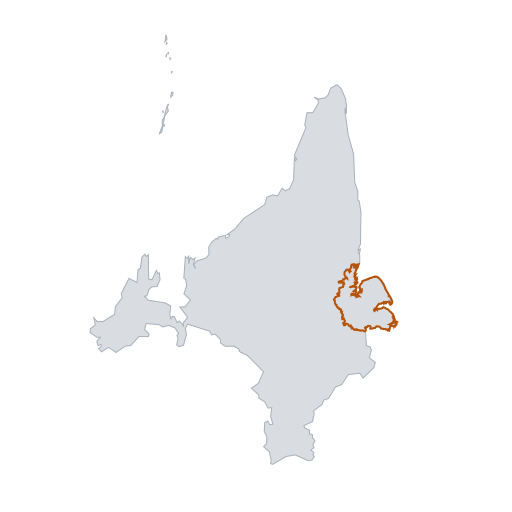 Gujarat on a map of India (Equal Earth projection), rotated 190°
{"feature_id": "IND-3264", "entity_name": "Gujarat", "entity_type": "state/province", "adm_level": 1, "iso_a3": "IND", "parent_name": "India", "parent_adm1": "", "projection": "equal_earth", "projection_center": [71.839, 22.391], "detail": "fine", "context": "in_parent", "style": "outline", "palette": "amber", "viewbox_px": 512, "rotation_deg": 190, "n_neighbors": 0, "source": "natural_earth", "source_scale": "10m", "svg_char_len": 9762}
<svg xmlns="http://www.w3.org/2000/svg" viewBox="0 0 512 512"><g transform="rotate(190 256 256)"><path d="M105.7,212.2L111.6,210.7L112.2,205.8L122.9,207.8L130.1,204.4L132.4,206.8L135.9,204.6L131.8,186.9L127.8,186.4L126.1,183.5L126.6,175.3L120.0,172.0L120.4,166.7L129.4,154.3L133.4,158.6L144.5,155.2L149.3,144.3L155.1,140.6L159.9,128.2L164.2,126.0L165.1,121.4L172.5,113.3L171.3,111.2L171.6,102.7L179.3,97.4L178.4,95.3L172.8,93.6L172.6,90.1L169.5,90.0L168.9,87.0L165.9,84.3L167.3,80.1L165.6,77.2L168.3,74.3L164.8,72.5L165.5,70.4L163.7,68.5L165.3,64.9L168.7,63.4L182.8,66.9L191.5,63.8L203.3,53.8L205.7,54.0L205.5,57.0L208.8,65.5L215.4,69.5L213.0,73.4L214.0,80.2L217.4,84.6L218.5,93.5L215.6,95.5L213.3,92.3L210.2,93.3L213.8,100.8L214.1,109.4L217.8,108.3L221.9,113.8L228.6,116.6L229.1,119.6L237.6,125.1L231.6,131.0L228.5,143.3L247.2,156.5L255.8,159.1L256.5,161.3L262.3,163.3L270.5,161.7L275.9,164.3L276.8,167.9L282.7,171.9L286.1,170.6L288.5,173.9L311.5,177.0L313.0,172.2L310.8,166.6L311.9,155.4L316.3,153.4L318.7,154.6L318.5,161.2L320.1,164.1L318.6,166.0L323.1,171.0L329.5,172.6L335.4,169.9L339.6,171.6L352.5,170.4L353.0,164.4L347.8,160.7L348.0,158.0L357.3,156.3L363.9,146.0L369.0,144.6L377.2,136.7L385.4,140.4L391.5,134.8L395.0,137.5L392.8,139.8L393.1,142.0L396.1,140.3L397.9,144.2L395.2,149.0L398.4,148.3L406.1,151.7L406.5,155.5L402.2,160.3L405.0,166.8L401.0,163.9L395.4,164.8L385.1,174.0L385.7,181.7L380.6,191.7L382.2,195.5L377.2,211.9L368.6,209.3L369.8,222.3L367.7,223.7L368.2,235.0L365.8,238.4L363.8,236.4L362.3,238.6L357.6,214.6L354.3,214.6L351.6,224.5L349.5,221.4L348.3,222.7L346.4,216.0L348.1,208.8L353.4,207.4L355.6,204.4L356.5,197.8L359.0,197.0L354.4,193.8L337.7,194.0L331.3,192.1L330.7,183.1L328.9,179.3L327.8,182.2L326.0,182.2L322.0,176.6L320.2,178.8L315.2,174.5L316.1,177.2L312.7,183.8L322.1,192.6L317.0,193.6L312.9,201.4L320.4,206.3L319.2,214.7L321.1,220.6L323.2,221.6L325.5,243.2L323.4,241.9L322.3,244.1L320.9,236.6L320.5,243.1L317.3,241.7L315.7,243.4L316.2,236.3L313.4,233.0L315.8,236.6L313.7,240.7L305.0,245.3L302.6,249.1L304.1,256.7L301.9,262.1L298.1,266.5L296.6,265.8L296.4,268.1L289.7,271.0L288.9,268.2L286.2,270.0L285.6,272.4L288.3,271.9L281.4,279.0L274.6,290.9L256.4,308.1L255.5,315.8L250.2,319.1L245.2,319.0L242.0,327.3L238.4,325.3L234.7,328.0L232.2,337.2L235.3,360.1L233.6,356.8L232.6,358.4L235.7,361.9L229.0,391.6L230.7,393.3L230.7,406.0L225.0,407.0L221.1,417.1L221.9,420.4L226.2,422.5L221.5,421.4L215.5,423.8L213.0,426.9L211.6,434.3L205.8,438.8L200.9,435.3L195.3,426.7L192.7,418.7L191.8,411.8L194.2,417.5L192.9,411.9L186.1,390.9L177.6,373.4L171.5,345.5L166.8,337.1L165.5,328.7L163.9,328.0L160.2,317.2L155.2,285.9L156.5,280.5L156.2,278.7L154.7,281.2L154.4,279.7L154.5,276.6L156.3,276.9L154.2,275.7L152.9,269.0L155.3,257.0L152.4,247.1L153.6,245.7L152.3,245.9L157.6,241.8L151.6,242.6L153.2,238.7L151.3,238.6L151.7,236.0L154.4,235.0L147.8,234.5L148.7,237.0L146.2,240.8L148.5,244.9L146.0,250.2L135.5,256.1L129.9,254.7L114.0,234.2L114.9,232.1L117.2,234.2L126.7,230.2L130.0,222.9L121.3,227.6L116.8,226.3L110.6,221.5L108.3,216.2L112.1,212.2L106.4,215.8L105.7,212.2ZM369.6,388.4L367.5,383.5L370.1,378.4L370.3,361.9L372.5,359.2L370.8,368.0L372.1,373.8L370.8,375.3L369.6,388.4ZM382.9,451.1L383.1,458.2L381.2,454.3L382.9,451.1ZM367.6,402.6L366.2,402.8L365.9,399.8L367.6,397.7L367.6,402.6ZM377.9,439.7L377.8,441.7L377.4,439.8L377.9,439.7ZM379.5,436.8L379.0,439.6L379.1,436.6L379.5,436.8ZM381.5,448.5L380.9,450.7L380.4,449.9L381.5,448.5ZM371.4,422.8L370.4,422.9L370.9,421.8L371.4,422.8ZM369.3,389.4L368.3,390.6L368.8,388.8L369.3,389.4ZM372.6,381.1L373.2,383.1L372.0,381.6L372.6,381.1ZM375.2,436.3L374.4,435.9L374.7,434.8L375.2,436.3ZM369.2,367.9L368.7,370.0L368.9,367.7L369.2,367.9Z" fill="#d9dde1" stroke="#a8b0b8" stroke-width="1"/><path d="M135.4,205.2L136.3,204.4L136.2,204.1L135.2,203.7L135.2,202.7L134.9,202.0L135.2,201.2L136.1,200.6L137.7,201.3L138.8,200.9L139.5,201.1L140.1,200.6L141.1,200.5L142.0,201.0L143.4,200.7L143.6,201.2L144.0,201.3L144.3,200.6L145.2,201.0L145.7,200.4L146.4,200.3L146.9,201.0L147.6,201.3L149.2,201.2L149.3,201.5L148.5,201.7L148.4,201.9L148.8,202.3L149.4,202.4L149.5,202.8L150.1,202.8L150.6,204.1L150.9,204.0L151.1,203.1L151.5,203.0L152.8,203.7L153.3,204.7L155.2,205.1L155.8,204.8L156.2,203.3L157.2,203.1L157.3,204.5L158.0,204.9L158.4,204.7L158.5,205.0L158.3,205.5L157.7,205.5L157.4,206.1L157.1,207.2L157.3,207.9L158.3,208.8L158.8,209.9L159.5,209.5L159.8,208.7L160.0,208.7L160.4,209.6L160.7,211.0L160.1,211.6L160.0,213.1L160.6,213.2L161.0,214.1L161.6,214.3L161.6,215.7L162.2,215.3L162.7,215.7L162.9,218.0L163.3,218.0L163.8,218.4L164.7,218.0L165.6,219.4L165.9,219.5L166.1,219.1L166.4,219.1L167.7,220.4L167.9,220.7L168.1,221.8L168.3,222.0L169.0,221.8L170.0,223.2L170.4,224.4L170.7,225.9L171.1,225.9L171.6,226.4L171.6,226.9L170.6,229.4L169.7,229.7L168.3,231.1L167.5,230.9L167.2,231.1L167.1,231.5L167.9,232.4L168.9,232.4L169.4,232.8L168.9,233.6L168.3,233.7L167.8,233.3L167.5,233.7L167.6,235.4L168.4,237.3L168.2,239.0L167.5,239.1L166.3,240.0L164.9,240.6L164.8,241.0L164.8,241.9L165.2,242.8L164.9,243.4L164.3,243.8L165.0,245.2L166.9,244.6L168.1,244.6L168.5,244.3L168.9,244.7L169.9,244.3L170.1,244.9L169.5,245.5L168.1,246.0L167.4,245.9L166.5,246.8L166.1,248.3L165.3,248.6L164.9,248.4L164.5,249.5L163.7,250.1L163.1,250.1L162.2,249.6L162.3,249.9L163.1,250.7L163.8,250.7L165.6,252.8L165.9,254.1L166.0,255.6L165.0,257.0L164.8,258.0L163.8,258.6L163.1,258.6L162.6,257.9L161.5,257.0L161.1,256.4L160.7,257.1L160.3,257.3L160.7,257.7L160.8,258.2L161.1,258.3L161.3,259.0L160.2,261.4L160.5,261.6L160.6,262.8L160.4,264.0L159.2,263.9L159.0,264.7L158.5,265.0L158.2,265.0L158.2,264.3L158.1,264.1L157.6,264.0L157.5,264.6L157.0,264.6L156.8,263.6L157.6,263.0L157.7,262.6L157.2,262.5L157.1,261.8L156.4,262.4L156.0,262.4L155.8,263.0L155.3,263.0L155.3,263.4L155.8,264.0L155.9,264.8L155.1,265.2L154.1,265.2L153.4,265.6L153.9,263.5L153.7,263.4L153.8,262.6L154.1,261.6L154.5,261.2L155.2,261.0L155.2,260.4L154.8,259.9L155.2,259.1L155.2,257.8L155.5,256.7L155.3,256.2L155.9,255.8L155.6,255.4L155.6,254.9L155.4,255.3L155.2,255.1L155.4,254.3L154.7,254.7L155.0,253.9L154.7,253.4L155.2,252.9L155.2,252.7L154.6,252.8L154.0,252.1L153.9,251.9L154.5,251.9L154.8,251.7L154.4,250.6L153.8,250.9L153.7,250.7L153.6,251.1L153.2,251.4L153.5,250.3L153.4,250.1L153.0,250.2L152.9,251.0L152.6,251.2L152.3,250.9L152.5,250.5L153.6,249.6L152.7,248.8L152.7,248.5L152.4,248.8L152.0,247.6L152.7,247.3L152.0,247.2L151.8,246.9L152.5,246.6L153.5,245.8L153.7,246.0L153.6,245.6L152.0,246.5L152.4,245.5L154.0,244.2L154.5,243.3L155.2,243.3L157.6,242.0L157.8,241.7L157.6,241.6L155.6,242.7L154.9,242.6L154.3,242.9L152.3,242.7L151.6,243.0L151.4,242.6L151.8,240.4L152.4,239.3L153.1,239.1L153.6,238.4L153.3,238.4L153.1,238.7L152.4,238.7L151.6,239.5L151.1,238.6L151.5,236.3L151.9,235.5L152.5,235.3L153.7,236.0L154.4,235.0L154.8,234.9L155.3,235.3L155.5,235.1L155.5,234.7L155.4,234.3L155.2,234.6L154.4,234.4L153.8,234.8L151.9,234.2L150.7,235.0L150.7,234.5L150.0,234.7L149.8,233.9L150.1,233.6L150.0,233.1L149.6,233.4L149.3,234.6L148.7,234.6L148.6,234.1L148.4,234.0L148.0,234.0L148.0,234.4L147.4,234.4L147.8,234.7L148.4,234.2L148.4,234.9L149.1,235.0L149.1,237.2L148.6,238.1L148.2,238.1L148.1,238.4L147.9,238.2L147.7,238.6L147.3,238.2L146.9,238.2L147.2,238.5L146.7,238.6L146.9,239.0L146.4,238.9L146.1,239.1L146.9,239.4L147.5,239.3L147.4,239.5L147.6,239.8L147.6,240.5L147.2,240.4L146.5,239.7L146.4,240.0L146.8,240.2L146.9,240.6L145.9,240.3L145.8,241.1L145.9,241.3L146.1,241.1L146.1,241.5L147.6,241.2L148.2,242.5L148.7,242.6L149.0,243.5L148.2,246.1L147.0,248.0L146.8,248.8L147.0,249.5L145.8,250.5L145.1,250.6L143.3,252.0L142.9,252.0L141.5,253.0L141.1,253.1L141.3,252.7L141.1,252.8L140.2,254.0L138.7,254.5L136.8,255.7L136.3,255.8L135.9,256.1L135.1,256.1L135.0,256.5L133.6,256.6L132.9,256.3L132.5,256.4L130.4,255.1L128.3,253.4L125.3,250.2L123.1,246.9L122.8,245.8L122.2,245.5L120.9,243.7L120.2,243.2L119.3,241.8L118.8,241.4L118.5,240.9L118.4,240.0L118.1,240.3L117.8,240.2L116.4,238.6L114.2,235.4L113.7,234.1L114.1,232.4L115.1,231.5L115.2,231.8L114.8,232.2L115.1,232.6L115.9,232.6L116.2,232.2L116.4,232.4L116.1,233.6L116.5,234.4L117.3,234.3L118.1,233.6L119.4,233.4L119.8,232.7L119.7,232.0L120.1,231.9L120.1,232.9L120.8,233.3L121.4,232.5L121.7,232.6L122.0,231.5L122.7,232.4L123.1,231.7L123.6,231.6L124.6,230.6L126.7,230.3L128.2,227.3L128.2,226.7L128.8,225.6L129.6,224.7L130.0,224.7L130.4,223.5L130.1,222.7L129.8,222.4L129.1,223.2L129.2,223.9L129.0,225.0L128.0,225.1L127.3,224.2L127.2,224.8L126.6,224.9L126.2,224.6L126.2,224.3L126.0,224.8L126.3,225.2L123.1,226.2L122.5,226.6L121.9,227.7L120.5,227.5L117.9,226.5L116.5,226.3L114.8,224.9L113.0,223.9L110.8,222.0L110.7,221.6L110.2,221.0L110.2,220.8L110.3,221.0L110.5,220.4L109.7,220.5L109.6,220.3L109.8,219.7L110.3,219.6L109.8,219.1L109.4,219.0L109.3,218.6L109.6,218.3L109.2,218.2L108.9,218.5L108.8,218.3L108.8,217.9L108.6,218.1L108.4,217.9L109.1,217.0L108.5,216.5L108.6,217.1L108.3,217.2L108.3,215.5L109.1,215.5L108.9,214.9L109.6,214.7L110.1,213.9L110.7,213.5L111.0,212.7L111.6,212.7L112.6,211.9L112.0,211.9L111.5,212.4L110.6,212.5L110.3,213.2L108.5,214.2L107.6,215.4L107.7,215.6L107.4,215.9L105.9,215.8L105.5,215.6L106.1,214.9L106.4,215.1L106.9,214.8L106.9,214.6L106.5,214.7L106.2,214.4L106.1,213.3L105.8,213.7L105.7,213.6L105.9,212.4L106.2,211.9L106.7,211.6L106.8,211.1L107.2,211.4L107.6,210.6L107.7,211.0L108.5,210.6L111.6,210.6L111.7,206.1L111.9,205.5L112.4,205.6L112.6,206.7L112.8,206.8L113.5,205.7L114.3,206.6L115.2,206.1L116.3,206.6L117.4,206.2L120.4,206.3L121.5,207.5L122.5,207.9L125.1,207.7L125.5,207.3L126.1,205.9L127.5,205.5L128.1,205.1L128.6,205.0L129.3,204.5L130.4,204.2L130.8,204.2L131.0,204.6L130.7,205.1L130.8,206.1L131.4,206.8L133.1,206.8L133.8,206.5L133.7,205.9L134.5,205.1L135.4,205.2Z" fill="none" stroke="#b45309" stroke-width="2"/></g></svg>